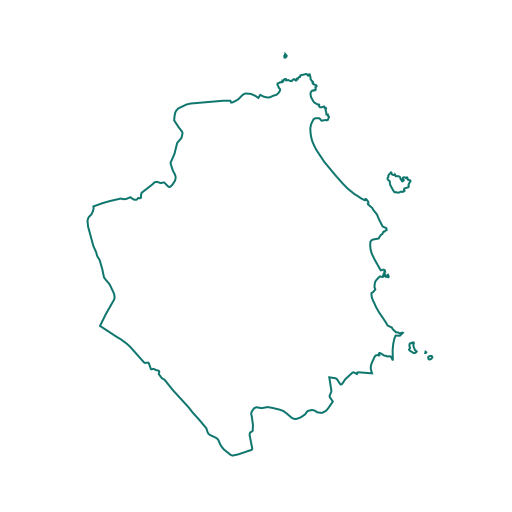 outline of Tuy An, Phú Yên, Vietnam, rotated 344°
{"feature_id": "81297802B47177978604160", "entity_name": "Tuy An", "entity_type": "district", "adm_level": 2, "iso_a3": "VNM", "parent_name": "Vietnam", "parent_adm1": "Phú Yên", "projection": "robinson", "projection_center": [109.271, 13.262], "detail": "fine", "context": "isolated", "style": "outline", "palette": "teal", "viewbox_px": 512, "rotation_deg": 344, "n_neighbors": 0, "source": "geoboundaries", "source_scale": "gbopen_adm2", "svg_char_len": 6108}
<svg xmlns="http://www.w3.org/2000/svg" viewBox="0 0 512 512"><g transform="rotate(344 256 256)"><path d="M86.8,280.2L99.3,294.8L102.9,298.6L107.4,304.4L110.0,308.6L119.1,327.6L119.8,328.2L122.9,328.7L123.4,329.4L123.8,335.7L124.2,336.1L126.3,336.2L128.5,338.1L130.7,339.4L131.2,340.1L130.8,341.3L130.1,342.2L130.1,343.0L131.8,347.5L134.0,349.8L139.2,362.2L149.6,383.1L152.0,389.1L156.0,397.2L160.8,408.0L160.9,411.9L161.4,414.0L162.5,415.4L167.3,419.6L168.8,421.6L169.2,423.1L169.7,427.5L170.6,430.4L171.9,433.3L176.8,440.2L178.5,441.4L184.2,441.8L198.5,441.1L199.3,440.3L200.5,426.4L201.1,424.8L201.7,424.1L204.2,423.4L204.7,423.0L206.5,417.5L207.7,409.3L207.8,406.7L208.4,405.1L209.9,403.6L212.5,401.7L214.7,401.5L219.4,403.8L225.4,404.4L229.7,406.4L236.2,410.1L239.4,412.4L242.0,415.7L245.7,421.3L246.8,422.4L248.1,423.2L250.2,423.8L254.7,423.4L259.5,421.8L262.7,419.3L265.8,419.3L267.4,419.5L269.1,420.3L270.8,421.8L271.4,422.9L275.2,424.7L276.6,425.0L280.8,424.0L283.8,422.0L289.7,417.1L288.1,412.2L288.1,410.8L290.7,407.6L291.3,406.5L293.0,392.8L298.8,395.5L299.8,396.6L301.5,402.0L302.0,402.9L303.4,402.8L307.8,399.1L316.6,394.7L318.0,394.8L320.5,397.3L320.8,397.1L321.0,396.2L321.7,395.9L322.9,396.2L335.2,400.8L335.2,396.5L335.7,394.4L336.6,392.5L338.1,390.4L342.3,385.5L343.6,384.6L345.9,384.8L346.7,385.5L347.2,385.5L347.2,383.8L347.7,383.3L348.2,383.3L349.2,384.1L351.9,387.2L353.3,387.7L354.2,388.6L355.1,389.0L356.4,389.0L357.9,389.9L358.8,394.1L361.3,384.4L363.6,378.5L366.2,373.6L368.3,371.0L372.3,372.3L376.0,370.3L375.7,370.0L372.9,370.0L371.2,368.5L369.6,368.0L367.3,364.1L366.8,362.1L363.4,359.2L362.2,354.6L358.7,343.9L357.3,338.2L356.6,333.0L356.3,332.0L355.9,328.1L356.4,324.4L356.9,323.4L358.6,323.0L361.5,321.0L361.3,318.5L362.7,314.9L363.8,313.3L365.3,312.1L368.9,310.0L369.7,309.8L371.5,311.0L372.1,311.1L374.1,310.3L374.8,310.7L374.8,311.4L375.2,311.9L376.5,312.3L377.3,312.9L377.9,312.5L377.9,311.6L377.4,310.9L377.6,310.4L377.2,310.4L376.6,311.4L376.1,311.4L375.3,311.1L374.8,310.0L373.2,310.1L372.9,309.6L373.7,308.5L374.9,308.4L374.8,306.8L375.1,306.6L375.8,306.7L375.8,305.0L374.9,304.3L373.4,304.1L372.2,304.3L371.7,303.4L368.8,291.0L367.9,285.3L368.0,280.9L368.7,277.3L369.7,274.2L371.1,272.8L373.0,272.4L378.7,273.0L381.0,270.8L382.1,270.1L383.5,269.7L384.9,268.0L385.5,267.7L386.1,268.0L387.7,267.2L388.6,267.2L389.0,266.0L388.8,265.0L386.0,262.7L385.8,262.2L384.3,254.7L383.7,249.4L381.3,243.6L381.1,242.1L378.0,237.4L377.9,236.4L378.7,236.1L378.8,234.6L377.6,231.7L377.0,231.4L376.4,232.5L375.8,232.3L372.8,229.5L370.4,226.5L367.6,223.5L362.6,216.3L359.4,210.4L354.2,199.5L347.5,184.1L343.2,170.5L342.2,165.3L341.7,160.8L341.8,157.2L342.2,153.6L343.2,148.9L344.2,146.5L346.0,143.6L349.2,140.3L350.3,140.0L352.7,140.3L355.0,141.2L356.3,144.0L360.5,144.5L361.4,145.1L362.5,145.0L364.6,142.3L363.8,141.0L364.1,139.8L362.7,139.4L363.1,137.3L363.1,134.6L364.1,133.5L363.9,132.9L362.8,132.5L362.9,131.6L362.6,131.0L359.7,131.1L358.3,130.5L358.0,129.6L358.0,128.7L358.4,128.2L358.2,127.7L357.2,127.5L354.3,124.5L353.7,122.9L352.7,118.4L353.0,115.4L353.6,113.9L355.3,112.6L356.2,112.6L356.7,112.9L357.5,112.4L358.2,113.0L358.7,113.0L359.5,112.0L359.6,110.2L360.3,110.1L361.0,109.6L361.0,108.5L358.9,107.0L358.1,105.8L358.0,105.1L358.4,104.5L358.7,104.7L358.7,104.0L357.9,103.0L357.2,101.3L357.6,99.4L357.7,96.2L357.2,96.0L355.9,97.1L355.7,97.0L355.0,95.3L354.6,94.9L348.5,94.6L347.6,96.1L346.4,96.0L344.7,97.5L344.4,96.7L344.1,96.7L342.7,98.3L342.1,97.7L341.4,96.5L339.7,96.8L338.6,97.7L337.5,97.4L335.5,95.8L333.3,95.5L333.1,94.9L333.4,94.1L332.3,93.9L331.3,94.2L330.4,95.5L329.6,94.8L329.0,96.1L327.1,95.6L326.7,96.0L325.7,95.9L324.2,96.2L323.8,97.3L324.3,99.1L324.2,100.2L325.1,102.3L325.0,102.9L324.3,104.0L322.3,105.7L320.0,106.7L316.8,106.7L312.9,107.3L310.7,106.8L307.4,105.0L304.5,102.3L301.9,104.7L299.3,101.7L295.8,98.8L291.0,97.0L289.3,97.0L287.5,97.5L282.3,100.4L278.6,101.4L275.5,101.9L274.4,101.6L274.1,99.7L267.7,97.8L235.1,91.4L230.9,91.2L222.0,92.7L219.4,94.3L218.0,95.8L216.4,98.7L214.7,103.1L217.2,111.1L219.1,115.8L219.3,116.8L219.1,118.0L216.9,122.0L211.4,125.6L205.8,135.3L199.6,142.8L199.4,144.3L199.6,150.8L200.5,155.1L200.6,156.9L200.3,158.8L198.9,161.3L195.2,164.5L192.5,165.9L191.5,165.7L190.5,164.6L188.2,160.3L187.5,159.8L184.6,159.7L181.7,157.7L180.5,157.2L179.0,157.2L175.5,158.9L163.5,163.7L162.3,165.6L161.6,168.1L161.1,168.4L160.2,168.5L159.4,167.9L158.7,167.8L157.3,168.8L156.4,168.9L154.6,168.4L152.6,166.5L151.6,164.9L146.5,165.4L144.5,164.9L141.7,163.5L130.9,162.9L123.6,162.9L113.4,163.5L113.0,165.6L111.4,168.2L109.3,170.6L106.4,172.2L105.1,173.4L103.7,175.8L102.7,181.4L102.4,201.7L103.4,208.3L103.3,211.6L103.6,213.6L104.4,215.8L104.6,217.5L104.6,226.4L104.0,234.6L105.1,237.7L107.2,242.2L107.8,244.7L109.1,252.8L109.0,254.9L108.6,257.1L107.4,259.0L95.6,270.5L86.8,280.2ZM411.5,216.6L409.5,215.4L409.1,214.8L409.1,213.0L408.8,212.8L405.8,214.7L405.3,215.3L405.0,216.5L404.2,217.0L403.7,218.1L403.9,219.1L405.2,221.1L404.6,223.4L404.7,225.1L406.0,231.0L406.8,233.0L407.9,233.1L409.7,234.2L411.5,234.4L412.9,234.1L414.5,234.8L415.0,234.8L415.9,234.0L416.2,234.5L416.8,234.2L416.6,233.0L416.9,232.3L417.4,232.0L421.5,231.9L422.2,230.8L422.1,229.8L423.9,227.6L425.0,226.9L425.2,226.4L425.0,225.7L423.1,224.6L423.0,222.2L422.5,222.0L421.8,222.6L420.6,221.3L419.2,221.1L418.7,221.4L418.2,222.2L419.0,223.8L418.6,224.3L417.2,224.6L416.2,221.8L416.2,220.0L415.8,219.3L414.6,218.4L412.4,217.9L412.0,216.0L411.5,216.6ZM383.7,382.6L382.9,382.3L382.2,382.8L381.6,382.4L381.0,382.7L380.3,382.4L379.5,382.8L378.7,384.4L378.7,386.9L377.3,388.1L377.8,389.5L381.0,392.9L382.5,393.0L384.1,392.2L383.8,391.4L382.9,390.3L382.5,386.8L382.7,385.0L383.7,383.3L383.7,382.6ZM395.7,403.3L397.4,402.3L397.6,401.6L397.4,400.7L395.8,400.0L394.1,400.3L393.5,401.0L393.5,402.7L394.1,403.3L395.7,403.3ZM340.7,71.8L339.9,70.2L339.7,71.0L339.4,70.4L338.5,71.6L338.3,70.8L338.1,73.1L339.0,73.4L339.6,73.0L339.5,72.4L340.0,72.8L340.5,72.4L340.7,71.8ZM392.4,396.0L393.1,395.5L392.6,394.8L392.0,395.9L392.4,396.0Z" fill="none" stroke="#0f766e" stroke-width="2"/></g></svg>